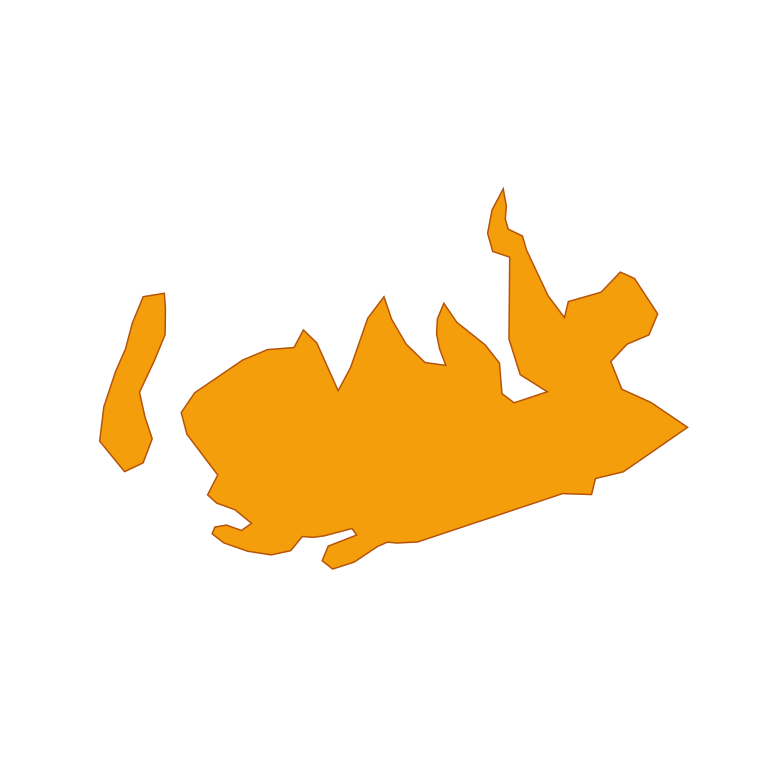 an SVG outline of Kusini-Pemba, rotated 55°
{"feature_id": "TZA-3381", "entity_name": "Kusini-Pemba", "entity_type": "Region", "adm_level": 1, "iso_a3": "TZA", "parent_name": "United Republic of Tanzania", "parent_adm1": "", "projection": "robinson", "projection_center": [39.716, -5.317], "detail": "fine", "context": "isolated", "style": "filled", "palette": "amber", "viewbox_px": 768, "rotation_deg": 55, "n_neighbors": 0, "source": "natural_earth", "source_scale": "10m", "svg_char_len": 1347}
<svg xmlns="http://www.w3.org/2000/svg" viewBox="0 0 768 768"><g transform="rotate(55 384 384)"><path d="M593.6,160.2L593.2,238.3L582.7,265.0L593.6,277.4L576.2,300.6L532.7,447.0L521.6,464.8L515.5,471.8L513.4,482.3L512.8,510.4L506.1,532.2L493.3,536.0L484.8,522.7L492.0,493.1L484.0,493.1L474.1,520.1L469.0,529.9L462.1,538.4L467.0,556.0L459.3,574.4L442.8,591.6L422.2,606.4L408.1,610.7L404.2,604.5L409.2,594.0L422.2,584.8L422.2,572.4L401.3,578.3L385.6,589.4L373.6,592.1L363.2,572.4L312.3,574.3L291.1,566.5L282.6,544.1L283.3,486.1L289.0,459.7L302.5,436.8L293.5,419.0L311.8,415.5L363.2,425.4L351.4,402.0L320.8,359.6L312.5,334.0L335.3,340.6L364.1,343.0L389.9,338.1L404.2,322.7L387.4,318.4L373.2,312.3L361.4,303.0L352.2,288.7L375.1,289.0L410.0,278.7L433.1,277.4L459.5,292.9L474.0,288.2L484.0,254.7L454.5,267.1L418.8,255.8L352.2,208.3L337.8,218.9L320.0,212.7L303.5,195.8L292.5,174.4L308.2,181.6L318.6,190.1L328.4,193.4L342.2,185.7L356.3,190.5L406.0,199.0L433.1,198.1L422.2,185.7L433.3,153.6L427.9,126.2L441.3,118.3L483.6,119.6L495.7,138.8L490.8,162.1L495.7,185.4L524.7,192.2L552.5,175.8L593.6,160.2ZM183.7,511.9L196.6,519.6L218.0,535.0L233.4,559.1L250.5,589.0L273.6,598.6L295.9,605.3L310.4,626.5L307.0,646.8L267.7,649.7L242.0,626.6L219.8,596.7L206.9,575.5L189.8,555.3L174.4,531.2L183.7,511.9Z" fill="#f59e0b" stroke="#b45309" stroke-width="1.5"/></g></svg>